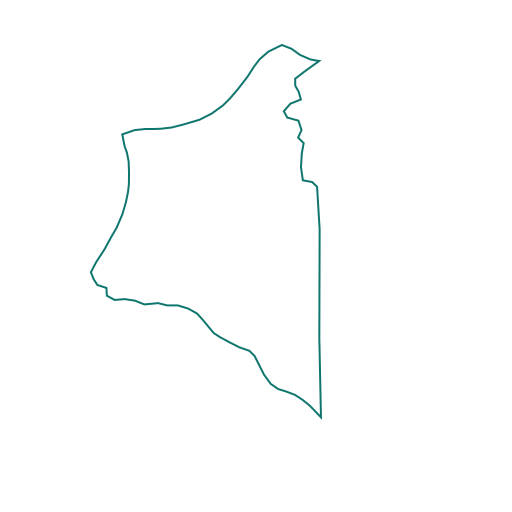 outline of Lucena, Paraíba, Brazil, rotated 240°
{"feature_id": "56859067B15488215620489", "entity_name": "Lucena", "entity_type": "district", "adm_level": 2, "iso_a3": "BRA", "parent_name": "Brazil", "parent_adm1": "Paraíba", "projection": "natural_earth1", "projection_center": [-34.904, -6.922], "detail": "fine", "context": "isolated", "style": "outline", "palette": "teal", "viewbox_px": 512, "rotation_deg": 240, "n_neighbors": 0, "source": "geoboundaries", "source_scale": "gbopen_adm2", "svg_char_len": 1172}
<svg xmlns="http://www.w3.org/2000/svg" viewBox="0 0 512 512"><g transform="rotate(240 256 256)"><path d="M324.5,104.9L316.9,103.8L310.3,104.1L303.1,110.5L296.2,107.0L288.6,111.6L284.4,120.6L277.9,128.8L269.9,135.1L264.1,147.7L257.6,154.4L252.3,163.6L244.5,170.9L235.6,176.2L227.2,178.0L217.7,179.6L210.3,180.9L203.8,184.2L194.8,189.7L185.3,195.9L177.3,202.8L170.1,204.8L161.4,204.3L149.4,203.6L137.9,204.8L129.7,208.7L123.5,214.4L116.3,220.3L107.9,224.5L99.3,227.8L83.8,231.6L153.8,270.1L247.2,324.4L285.4,343.5L292.0,341.6L298.1,334.4L310.5,339.4L322.0,347.0L329.9,353.7L337.5,351.7L342.3,358.4L352.0,360.4L360.3,352.3L367.5,352.5L370.7,362.0L369.1,373.1L376.9,375.1L383.7,375.1L389.9,378.5L391.5,390.3L393.3,408.2L398.9,401.5L407.9,394.8L417.8,390.3L425.8,383.9L426.8,368.9L424.6,357.6L421.3,349.6L415.5,338.3L409.5,323.6L405.4,312.1L402.9,302.5L401.5,288.8L402.2,275.4L406.3,258.4L409.5,247.1L413.7,237.4L417.4,230.4L421.3,223.7L425.7,213.9L428.2,201.0L417.1,197.2L410.2,195.9L401.6,193.0L392.0,187.9L382.0,182.0L375.8,177.5L367.8,170.4L358.9,161.1L350.2,149.5L344.4,139.4L337.5,128.1L330.7,114.7L324.5,104.9Z" fill="none" stroke="#0f766e" stroke-width="2"/></g></svg>